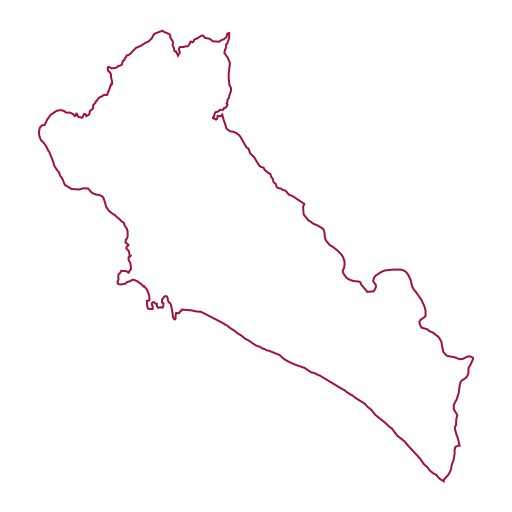 the district of Quepos, Puntarenas, Costa Rica
{"feature_id": "36466004B16992586441876", "entity_name": "Quepos", "entity_type": "district", "adm_level": 2, "iso_a3": "CRI", "parent_name": "Costa Rica", "parent_adm1": "Puntarenas", "projection": "equal_earth", "projection_center": [-84.055, 9.413], "detail": "fine", "context": "isolated", "style": "outline", "palette": "rose", "viewbox_px": 512, "rotation_deg": 0, "n_neighbors": 0, "source": "geoboundaries", "source_scale": "gbopen_adm2", "svg_char_len": 5954}
<svg xmlns="http://www.w3.org/2000/svg" viewBox="0 0 512 512"><path d="M459.6,445.5L457.5,437.1L456.5,434.8L454.9,428.9L454.9,427.2L456.0,424.9L456.3,419.1L457.3,415.0L453.8,409.2L453.8,404.8L456.8,399.1L458.8,392.5L459.5,386.4L460.4,382.5L461.6,380.6L465.3,378.3L466.3,377.4L467.5,375.6L468.3,373.5L468.6,367.6L469.9,365.8L472.7,359.8L473.0,359.1L472.8,357.6L469.5,356.3L468.1,356.3L462.9,358.9L459.7,359.2L454.3,357.2L447.5,356.0L445.9,354.9L443.4,352.0L442.3,347.2L441.4,341.9L439.4,338.2L438.1,336.5L436.5,335.5L433.3,332.8L429.2,331.0L427.6,329.4L421.4,327.6L419.6,323.4L419.3,321.8L420.6,319.8L424.0,317.5L425.6,315.8L425.5,310.4L424.3,306.1L421.6,300.3L417.3,293.9L413.2,288.6L412.0,286.0L410.7,280.1L408.3,275.0L406.3,272.3L404.0,270.6L401.1,269.6L392.9,269.6L384.7,270.5L381.2,272.0L375.2,275.9L373.9,278.2L373.3,280.4L373.3,281.5L375.8,284.9L375.9,286.8L375.1,289.1L373.6,291.3L367.1,291.9L366.4,290.6L361.4,284.9L360.9,284.0L360.7,283.0L359.6,281.7L353.5,281.0L349.8,279.8L346.5,277.9L343.6,273.8L342.9,272.2L342.8,270.3L344.1,267.9L344.6,264.2L344.5,261.5L343.1,257.1L341.5,254.7L337.3,250.4L333.2,247.1L329.7,245.1L325.8,240.3L324.7,236.4L324.7,233.9L324.0,230.5L322.7,228.5L316.9,225.1L313.3,223.7L310.1,221.3L308.8,220.8L303.6,214.4L303.1,206.8L304.3,203.9L292.6,196.1L288.9,194.7L285.6,190.7L282.4,189.8L281.0,188.5L279.0,188.3L276.9,187.4L275.6,183.8L273.6,182.3L272.9,179.0L271.2,176.8L270.3,173.8L268.6,173.2L264.7,170.0L263.6,167.7L260.7,166.8L259.2,165.6L254.1,157.2L250.1,153.3L248.5,148.6L246.5,147.5L245.9,146.5L240.7,137.2L239.2,135.3L236.4,133.0L232.5,131.6L230.3,131.4L226.7,128.9L223.2,118.4L222.3,114.6L220.6,116.3L217.6,115.9L217.2,118.5L216.5,119.4L215.7,119.5L214.7,118.6L213.6,118.6L213.0,118.0L213.0,117.6L213.8,116.9L213.9,116.0L215.3,112.3L218.4,111.4L219.8,109.9L223.1,109.8L224.0,108.1L225.3,107.8L226.4,106.9L227.5,104.5L226.6,103.5L227.3,102.2L227.6,99.4L229.1,97.6L229.1,96.3L231.0,90.9L231.0,88.1L229.4,84.8L228.7,78.4L228.7,73.1L229.1,71.7L229.1,69.2L229.8,65.3L229.8,62.8L227.7,57.6L224.4,53.1L225.0,49.7L226.1,47.6L226.1,44.5L227.3,43.4L228.7,39.3L229.2,37.0L229.2,33.0L227.5,33.5L227.1,34.4L226.6,36.7L226.0,37.5L223.6,39.4L221.8,39.9L218.9,41.7L212.9,41.3L209.6,38.8L204.8,37.8L203.4,35.7L201.3,35.7L197.0,38.6L195.4,39.0L194.2,39.8L193.2,42.0L192.2,42.3L191.4,41.7L190.6,41.6L189.1,44.9L187.7,46.1L187.1,46.4L185.2,46.4L183.7,47.0L180.0,47.0L179.0,48.4L178.9,49.6L179.0,50.4L179.7,51.5L179.6,53.0L178.0,55.7L176.1,51.5L175.4,51.7L174.3,50.6L173.9,47.8L172.7,45.7L172.9,41.6L170.4,37.7L170.1,35.4L169.4,34.1L163.8,31.8L162.4,30.7L154.6,33.7L153.2,35.5L151.9,38.2L148.4,41.6L145.5,42.8L141.4,45.5L135.8,48.0L129.7,54.3L127.7,55.3L126.7,55.3L126.1,57.1L124.8,58.2L124.5,59.9L122.8,61.0L121.8,64.8L119.6,65.8L118.3,65.8L116.8,67.4L115.2,68.0L111.6,68.3L108.9,67.0L108.2,67.0L107.8,68.0L107.8,69.7L108.2,70.9L108.4,71.5L109.2,71.5L109.9,72.3L110.9,74.2L111.1,77.5L112.1,81.7L112.0,83.9L111.5,84.7L111.1,84.4L110.3,86.1L109.3,89.4L107.6,93.4L107.4,94.7L106.8,95.0L104.2,94.8L101.3,96.7L100.2,97.0L98.2,98.6L96.5,101.1L96.0,101.2L95.3,103.0L93.2,105.0L93.1,108.0L92.8,108.7L89.7,111.3L89.4,114.1L88.5,115.0L86.3,116.1L85.8,114.4L84.2,113.9L82.3,117.6L81.6,117.7L79.9,117.1L78.7,117.1L77.4,115.6L77.3,114.4L76.7,113.6L76.1,113.8L75.5,115.5L74.8,116.1L72.9,114.1L70.9,112.9L69.7,112.6L66.0,112.6L64.0,111.0L60.9,110.1L56.8,110.7L50.7,114.8L47.2,119.6L44.8,124.7L44.5,125.1L42.1,125.3L40.2,127.2L39.5,128.8L39.0,131.7L39.2,135.3L40.4,138.9L41.5,140.8L42.9,141.9L45.2,144.8L46.4,146.8L48.5,151.1L49.3,151.9L50.6,155.4L52.0,158.4L53.1,161.9L53.5,162.3L54.1,165.5L57.6,170.9L58.8,172.0L60.4,176.1L61.8,177.7L62.4,178.9L64.8,184.8L71.6,189.0L79.4,189.5L83.0,188.3L88.0,188.5L88.9,189.3L90.8,191.7L93.1,193.5L94.7,193.9L95.7,194.5L99.3,195.0L101.7,196.1L103.1,197.2L103.6,198.2L103.8,199.3L104.6,201.1L106.2,206.9L109.0,210.9L113.1,214.2L115.2,215.2L116.0,216.4L118.6,218.3L121.5,221.3L123.9,222.9L124.7,225.6L126.9,228.9L127.6,231.3L127.6,236.6L126.7,239.0L125.9,239.5L125.5,242.0L125.7,242.6L128.5,244.9L128.4,245.4L126.4,247.0L126.4,248.6L128.4,250.5L129.1,252.2L129.5,255.1L130.1,255.8L130.6,255.8L130.3,256.4L128.6,257.2L128.6,259.5L128.8,260.4L130.0,262.3L130.7,264.9L131.0,269.0L129.3,271.2L128.9,272.4L128.5,272.7L126.5,271.2L121.2,270.8L119.9,273.3L118.5,274.4L118.2,277.3L118.6,279.0L117.4,282.5L117.9,283.6L118.7,284.2L121.2,284.5L125.4,283.6L126.9,282.2L129.8,281.3L132.2,279.9L133.9,279.9L137.1,281.1L141.5,284.3L143.6,286.6L144.2,286.3L147.1,289.8L149.1,295.2L149.5,298.3L149.4,300.1L149.1,300.5L146.8,300.9L147.3,306.7L148.2,308.6L148.9,308.9L152.6,309.1L152.7,306.5L151.9,304.8L151.9,303.5L152.2,302.7L153.0,302.1L153.8,302.2L155.2,303.5L156.8,303.7L157.0,306.3L158.1,307.8L160.5,307.2L162.1,307.8L162.8,307.5L163.3,305.9L163.5,303.3L162.1,302.6L161.9,299.8L164.3,296.6L164.9,296.2L166.5,296.2L167.4,297.2L168.0,300.5L168.5,301.8L169.1,302.6L170.2,303.2L171.2,305.8L172.4,311.9L172.9,316.4L173.6,318.4L174.4,319.3L175.2,319.3L175.5,318.8L175.7,314.9L176.2,313.0L179.1,313.2L180.1,311.5L181.5,310.6L181.7,309.6L191.8,310.4L195.8,311.4L201.0,311.8L219.3,321.2L224.3,323.9L225.4,324.9L227.3,325.6L228.7,327.0L235.4,331.5L237.5,333.3L241.1,335.4L245.5,339.0L247.8,340.0L255.8,345.4L259.9,346.9L263.0,348.7L264.5,349.0L266.6,350.2L269.3,350.9L278.8,354.7L280.5,355.7L282.1,357.5L284.5,359.3L288.3,361.5L294.7,364.5L304.6,367.9L310.9,372.2L314.7,373.2L317.5,374.7L319.9,375.6L341.9,388.9L344.7,390.3L347.4,392.6L349.7,393.8L350.4,394.6L352.3,395.3L355.9,398.2L364.8,403.7L367.1,406.4L371.3,409.8L375.3,414.9L385.1,422.7L389.4,426.8L391.8,428.4L397.2,435.6L404.7,441.5L408.1,445.7L420.8,459.4L421.1,460.1L424.0,464.3L427.5,467.4L430.3,471.0L433.6,473.5L436.6,475.1L437.5,476.5L439.7,478.8L443.7,481.3L444.0,479.4L447.4,475.8L448.8,474.0L450.4,470.9L451.2,468.4L451.7,464.9L453.6,460.0L454.6,453.5L454.6,450.0L455.2,447.5L455.6,446.8L459.1,445.4L459.6,445.5Z" fill="none" stroke="#9f1239" stroke-width="2"/></svg>